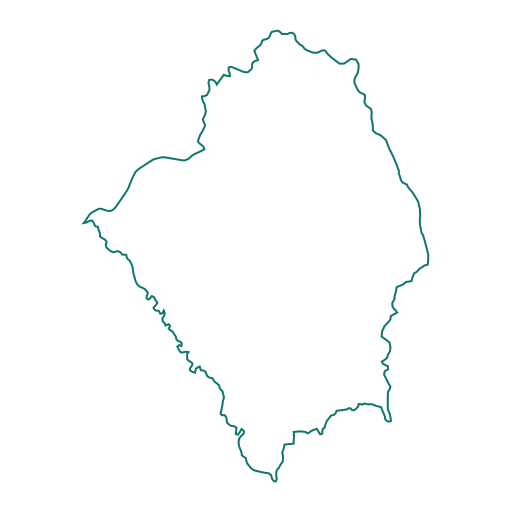 Kangundo, Eastern, Kenya (Natural Earth projection)
{"feature_id": "3690345B98275441455845", "entity_name": "Kangundo", "entity_type": "district", "adm_level": 2, "iso_a3": "KEN", "parent_name": "Kenya", "parent_adm1": "Eastern", "projection": "natural_earth1", "projection_center": [37.353, -1.343], "detail": "fine", "context": "isolated", "style": "outline", "palette": "teal", "viewbox_px": 512, "rotation_deg": 0, "n_neighbors": 0, "source": "geoboundaries", "source_scale": "gbopen_adm2", "svg_char_len": 5619}
<svg xmlns="http://www.w3.org/2000/svg" viewBox="0 0 512 512"><path d="M312.8,52.6L309.8,51.4L305.9,49.8L304.1,48.2L302.3,45.8L299.9,44.6L298.3,42.9L296.4,41.0L295.4,39.1L295.3,36.3L294.3,34.3L292.5,32.9L289.8,32.9L287.5,34.0L281.9,33.9L280.3,32.2L278.2,30.7L275.6,30.9L273.6,31.5L271.7,31.9L270.7,33.6L269.9,35.8L268.9,37.6L267.0,39.0L264.2,39.6L262.3,40.6L261.5,43.1L260.0,45.4L258.1,46.9L256.1,48.6L254.4,50.6L255.3,53.4L258.1,60.0L254.9,61.1L252.6,62.7L252.1,64.9L252.2,67.1L251.5,69.1L249.4,70.9L247.7,72.3L243.8,72.0L231.3,66.8L228.7,67.5L228.7,71.0L229.7,73.2L229.9,76.1L226.4,75.8L223.8,74.8L216.8,84.5L215.7,82.3L214.1,80.6L211.8,79.6L209.2,79.9L208.5,82.4L208.8,84.8L209.4,87.0L209.5,89.8L208.2,92.6L207.1,94.8L204.8,96.1L201.9,96.4L202.2,99.1L203.2,101.9L204.6,104.2L205.3,108.9L205.9,111.7L204.9,115.1L204.0,116.9L202.8,119.4L204.2,122.9L205.1,125.1L204.5,127.1L202.0,132.0L200.4,134.4L198.9,138.2L197.9,141.7L199.4,143.3L201.2,144.7L203.2,146.2L204.4,149.3L201.0,151.1L193.7,154.5L191.2,156.3L188.6,158.8L185.1,160.3L183.2,160.4L179.3,159.8L168.6,158.0L165.9,157.5L163.8,157.2L161.5,157.4L155.4,158.8L152.9,159.7L149.9,161.6L144.3,165.3L141.4,167.2L139.0,168.8L136.6,170.8L135.2,172.3L132.5,177.8L128.3,188.1L127.4,189.9L124.4,194.5L118.3,203.4L115.6,207.3L113.2,209.6L111.1,210.8L108.3,211.0L105.5,210.2L102.3,209.1L100.4,208.7L98.6,208.9L94.4,211.1L91.9,212.5L90.0,214.0L88.7,215.8L87.3,217.9L85.2,221.2L83.7,223.0L86.5,222.5L89.3,220.9L92.1,220.5L94.0,223.4L95.2,226.0L98.0,227.0L98.5,229.8L99.9,233.2L100.0,236.5L102.1,238.1L104.8,239.5L106.7,241.7L105.7,244.8L106.3,247.3L108.3,249.3L110.5,251.0L113.1,252.3L115.1,251.9L117.6,251.1L120.3,252.2L122.3,254.6L124.1,254.7L126.2,254.8L126.8,257.5L127.8,259.2L129.7,260.6L130.8,262.8L132.2,266.0L132.9,269.1L133.3,272.9L134.2,276.0L134.8,278.4L135.6,281.1L137.2,284.3L139.9,286.8L142.5,287.8L144.5,288.9L146.2,290.5L147.9,293.0L146.7,296.1L146.6,298.3L148.3,299.6L149.9,298.5L151.9,296.0L154.2,297.4L154.9,299.4L156.1,300.9L157.4,302.8L155.9,305.1L153.5,307.6L154.3,309.4L156.0,310.5L158.8,311.0L160.3,313.8L162.6,313.1L163.8,310.6L164.8,313.5L164.2,315.5L162.4,318.5L162.7,321.4L164.7,323.2L165.5,325.5L168.8,324.2L170.1,326.1L168.7,328.7L170.4,330.3L172.5,331.5L174.5,334.6L175.9,336.8L176.4,339.4L178.1,341.1L180.6,341.8L181.9,343.9L181.3,346.1L179.2,345.1L177.3,346.6L178.8,349.6L180.7,352.4L183.1,352.4L185.5,351.7L188.5,352.2L187.3,353.6L187.1,356.1L187.2,359.2L188.8,360.9L190.9,362.0L192.5,363.4L191.9,365.8L190.0,368.3L190.1,370.4L192.1,371.7L194.9,372.8L196.0,368.6L197.7,367.4L199.7,366.5L200.8,370.2L203.4,370.5L205.5,371.8L207.0,375.7L208.9,377.4L211.1,377.9L212.8,378.5L213.8,380.5L215.3,382.3L217.1,383.5L218.9,385.1L220.0,388.7L222.5,391.3L223.2,394.5L223.9,396.5L223.7,398.7L222.9,400.9L222.4,405.4L221.6,408.9L221.1,411.2L220.6,413.8L222.0,415.3L224.5,415.1L226.2,417.2L227.1,422.7L229.5,425.0L231.6,426.0L234.1,426.2L236.5,427.7L235.8,434.1L238.1,434.7L239.7,432.1L241.6,429.0L243.9,431.1L243.8,433.5L241.5,435.6L239.2,438.5L238.5,441.9L239.1,446.5L240.5,449.7L241.3,451.9L241.9,455.2L243.7,456.8L245.7,457.9L246.3,460.6L247.1,463.3L248.6,465.1L249.7,466.7L251.4,468.5L253.6,470.1L256.4,471.0L258.5,471.4L260.3,471.8L263.4,472.5L266.2,473.0L268.6,473.2L271.1,475.0L272.0,478.7L273.9,481.2L275.9,481.3L276.8,478.8L276.2,476.1L276.3,471.6L277.5,469.0L279.0,467.8L280.5,464.6L282.7,461.7L283.1,458.1L282.9,455.8L282.2,452.7L283.5,449.2L284.1,446.8L284.4,444.7L287.6,444.2L290.9,444.0L293.7,443.5L293.7,441.3L294.0,436.8L293.7,432.0L298.6,431.5L301.5,431.4L305.6,432.0L307.8,433.4L309.7,432.1L312.9,430.1L316.8,428.8L318.4,431.6L320.2,434.3L322.2,433.7L322.3,431.0L322.7,429.0L324.5,427.8L325.4,424.6L326.7,421.1L328.6,418.7L329.9,416.9L331.4,415.4L334.0,414.8L335.6,413.3L336.5,410.8L345.3,409.7L347.4,409.1L349.1,408.1L350.9,408.6L352.1,410.2L354.2,410.2L356.5,408.3L358.2,406.3L358.6,404.0L360.5,404.1L362.3,404.7L364.1,403.6L365.9,403.8L368.2,404.4L371.1,404.1L374.0,405.0L376.3,406.0L378.6,406.5L381.3,407.3L381.9,409.6L382.8,411.3L383.9,414.1L384.9,416.5L385.2,419.3L387.1,421.1L389.1,421.7L391.0,420.9L390.5,417.7L389.8,413.8L388.5,411.1L387.8,408.8L387.8,405.0L387.8,400.1L387.8,395.4L388.0,391.7L389.6,389.5L390.4,386.6L388.3,383.1L386.9,380.1L384.0,374.5L384.8,371.1L388.0,369.5L388.0,366.4L382.8,363.7L381.8,361.5L384.1,360.3L386.9,358.1L388.0,354.7L389.8,351.5L390.5,347.7L389.7,342.9L387.6,340.9L381.7,336.6L381.8,333.6L382.3,330.5L383.4,328.9L384.2,326.5L385.7,324.9L387.4,323.0L389.4,321.0L390.5,319.0L390.7,316.2L392.4,315.1L394.7,313.9L397.1,312.6L395.9,310.5L394.0,309.0L392.4,306.3L392.3,302.7L393.5,300.7L394.6,299.1L394.5,296.3L395.5,293.0L396.2,290.0L396.6,287.2L403.4,284.3L405.8,282.0L408.9,281.6L411.7,280.9L412.1,278.3L413.0,276.2L414.2,273.3L416.7,271.8L418.2,270.2L419.6,268.7L421.8,267.3L424.7,265.4L427.7,264.7L428.1,261.2L428.3,255.2L427.1,249.9L426.2,246.4L425.7,244.4L424.9,241.4L423.2,235.6L421.7,233.0L421.0,229.9L420.3,226.5L419.8,222.0L419.8,218.8L420.2,216.0L419.9,209.2L418.2,201.9L416.6,198.9L412.7,192.7L408.0,187.1L407.0,184.6L404.8,183.6L402.1,182.2L400.7,179.4L399.9,176.3L398.8,173.6L398.9,171.0L396.9,165.3L395.3,161.6L393.9,158.2L391.8,153.7L388.7,147.4L386.0,140.0L380.5,135.2L375.7,133.2L372.9,130.4L372.9,128.2L372.7,124.1L371.4,118.4L371.5,114.6L371.8,112.3L370.8,108.8L366.2,105.6L364.3,102.0L365.0,98.3L365.0,95.3L363.0,93.8L360.2,92.7L358.0,90.4L354.4,83.0L354.4,79.7L355.2,77.4L357.9,72.6L358.6,67.9L358.6,64.1L356.0,59.6L350.8,58.9L344.3,63.5L339.8,63.7L335.6,60.7L331.0,57.1L327.8,54.2L325.0,50.4L322.3,50.4L317.0,52.8L312.8,52.6Z" fill="none" stroke="#0f766e" stroke-width="2"/></svg>